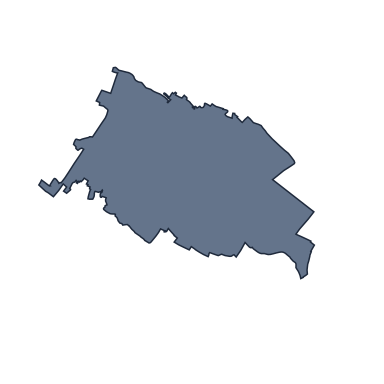 outline of Victoria, Brasov, Romania, rotated 131°
{"feature_id": "2599482B67973869892662", "entity_name": "Victoria", "entity_type": "district", "adm_level": 2, "iso_a3": "ROU", "parent_name": "Romania", "parent_adm1": "Brasov", "projection": "orthographic", "projection_center": [24.701, 45.731], "detail": "fine", "context": "isolated", "style": "filled", "palette": "slate", "viewbox_px": 384, "rotation_deg": 131, "n_neighbors": 0, "source": "geoboundaries", "source_scale": "gbopen_adm2", "svg_char_len": 5376}
<svg xmlns="http://www.w3.org/2000/svg" viewBox="0 0 384 384"><g transform="rotate(131 192 192)"><path d="M180.2,51.4L178.2,51.1L175.4,54.0L170.6,57.3L167.4,58.7L163.4,60.8L162.2,61.6L158.8,62.8L158.9,63.4L151.8,64.8L152.0,69.8L151.1,70.0L152.0,73.4L154.0,80.3L155.4,84.8L155.6,85.9L149.3,86.5L136.4,86.5L127.0,87.0L129.8,139.3L115.6,136.8L107.4,134.4L103.5,133.4L102.5,133.7L101.5,135.4L100.6,139.4L99.6,144.7L99.8,149.4L99.7,155.6L99.3,166.3L98.5,174.0L97.8,176.6L97.2,180.6L96.5,183.4L97.4,186.4L98.5,188.9L99.4,191.2L99.1,193.2L98.7,196.4L98.7,199.1L102.3,199.6L106.5,199.7L106.6,200.6L106.1,207.0L105.2,207.0L105.5,210.4L104.7,211.3L105.7,212.8L106.9,212.2L109.0,211.0L110.0,210.2L111.9,214.7L112.1,216.2L111.9,217.5L111.6,218.0L110.6,218.1L109.3,217.8L108.3,217.7L107.7,217.9L107.3,218.4L107.4,219.4L108.1,220.9L109.3,222.9L108.6,223.1L110.7,227.8L111.7,229.9L112.1,232.4L112.3,234.6L115.1,234.5L115.9,238.6L116.5,240.4L117.3,240.4L117.9,239.9L118.2,239.4L119.1,239.3L120.6,239.0L121.2,239.3L122.3,240.4L122.5,241.0L122.2,241.6L122.1,242.0L122.4,242.5L123.5,242.7L124.5,243.0L125.3,243.4L125.3,244.3L125.0,245.0L125.1,245.5L125.5,245.9L125.8,245.9L126.2,245.8L126.7,245.4L127.4,244.6L127.9,244.8L127.4,245.6L127.5,246.2L128.0,246.9L127.7,247.4L126.8,246.9L126.5,247.1L126.3,248.4L125.9,251.5L125.7,251.9L125.6,253.2L125.8,255.7L125.9,256.8L124.8,257.2L124.3,257.6L124.1,258.2L124.2,260.3L124.1,261.3L127.7,261.3L128.1,262.5L128.7,264.0L128.9,265.1L129.4,267.2L129.6,268.1L127.6,268.6L127.7,270.0L128.6,270.1L129.3,270.3L129.9,270.4L129.9,271.9L130.8,271.9L131.8,271.8L132.9,271.6L133.8,271.4L135.5,271.5L135.1,275.7L135.3,277.6L135.6,277.9L136.2,277.9L136.5,277.6L136.4,273.7L136.5,273.0L136.7,271.9L136.8,271.6L136.4,268.6L140.4,268.8L140.4,269.5L138.7,269.5L138.5,271.2L138.3,274.3L138.6,277.4L139.1,280.5L140.3,283.9L141.2,286.8L141.5,289.1L141.6,290.4L142.8,293.3L143.1,294.0L143.4,294.7L143.5,295.4L143.3,296.8L142.9,298.9L142.7,299.9L142.5,301.4L142.6,302.1L143.5,303.6L144.2,305.0L144.4,306.3L144.7,307.6L144.4,309.1L143.9,310.4L143.2,311.4L142.8,313.0L142.7,314.5L143.1,316.9L143.6,318.4L144.5,320.0L146.7,324.4L147.8,326.5L148.1,327.3L148.0,330.8L148.1,331.3L148.3,331.7L149.2,332.4L149.8,332.9L153.2,331.3L152.9,330.1L152.1,328.2L151.3,326.7L150.9,326.2L156.9,323.9L163.1,321.3L170.9,318.1L174.4,326.8L175.5,326.6L186.1,324.0L185.0,320.4L187.2,318.9L185.2,315.1L185.2,313.4L185.2,312.3L185.1,309.8L185.8,308.8L189.7,307.0L193.0,306.0L200.1,305.2L208.5,304.1L215.7,303.2L216.7,304.6L217.2,305.2L217.6,305.6L218.7,305.8L219.6,306.5L222.6,308.6L224.1,309.6L225.1,310.1L226.5,310.7L226.7,311.5L227.4,312.4L227.6,312.9L227.7,313.6L228.2,314.0L228.7,314.3L230.0,314.0L231.8,313.5L233.8,312.6L233.9,309.4L235.3,308.2L235.4,305.7L235.3,305.4L234.0,305.1L232.5,304.7L231.2,303.9L230.8,301.8L237.8,300.8L247.8,299.6L257.9,298.1L264.7,297.2L270.9,296.8L271.4,297.8L272.8,298.1L272.3,299.3L271.8,301.4L271.6,302.6L271.6,303.8L271.8,304.2L272.1,304.7L272.8,304.8L274.8,304.6L280.4,303.7L280.4,303.1L281.0,303.6L281.4,309.8L281.7,313.4L283.8,312.8L286.0,312.4L287.2,312.2L287.4,306.5L287.5,302.9L287.1,301.0L286.9,299.8L286.7,296.7L286.5,293.5L278.3,293.6L270.4,294.5L270.5,289.9L275.6,289.5L275.2,285.8L270.2,285.1L269.6,285.4L269.6,286.6L264.1,288.0L262.8,287.9L261.4,287.0L259.2,287.1L259.2,286.6L259.5,286.4L259.4,285.4L260.9,285.2L260.7,284.1L258.1,284.4L258.2,283.3L256.9,283.3L256.8,282.4L254.0,282.2L252.3,282.4L251.7,277.7L255.2,276.9L254.7,275.4L256.0,275.1L255.1,272.3L256.8,271.4L256.6,270.2L258.6,269.6L260.5,268.7L263.6,267.2L265.4,266.1L264.6,264.5L262.5,262.2L259.8,262.9L258.0,264.0L257.2,264.8L256.1,265.3L255.3,265.6L255.0,265.4L253.6,262.4L252.4,261.7L251.4,261.0L250.5,260.9L249.4,261.0L249.5,260.6L251.3,259.8L252.9,260.2L254.0,259.7L255.5,258.4L255.8,257.8L255.8,257.3L255.4,256.9L254.7,256.9L254.3,257.0L253.0,253.9L252.7,252.9L254.3,252.3L255.5,251.3L256.7,248.9L257.5,247.7L259.2,248.6L260.7,247.8L261.6,248.1L262.7,247.8L263.1,247.1L263.0,243.6L262.1,239.6L261.3,238.3L259.3,235.8L259.1,235.2L260.5,234.3L260.5,232.5L260.8,231.2L262.2,228.9L262.8,226.1L261.9,224.2L262.4,222.5L261.5,221.8L259.9,220.4L258.9,219.3L259.0,218.1L259.1,217.6L258.7,217.2L259.1,215.8L259.6,213.2L259.7,209.5L260.1,208.5L259.8,205.7L259.4,202.5L259.5,200.8L259.2,198.2L259.3,196.7L259.6,196.0L259.5,195.4L259.3,195.2L259.3,194.2L258.9,192.4L258.7,191.0L257.8,190.3L256.7,190.1L252.5,190.2L249.0,190.3L244.6,190.7L240.5,191.5L239.2,187.3L240.3,187.0L239.9,186.1L238.7,186.4L238.5,185.3L235.1,185.9L235.6,182.5L236.3,176.8L236.6,176.8L236.5,174.6L236.4,172.9L241.5,172.6L240.6,167.4L239.2,162.2L237.5,156.1L233.7,156.7L233.2,152.4L233.3,151.7L232.6,147.2L231.6,142.2L230.2,137.4L228.7,137.9L227.2,138.8L226.1,138.9L224.9,135.7L222.8,130.5L221.4,129.8L220.5,129.4L219.4,128.7L219.2,127.9L218.3,125.4L215.8,121.3L214.9,120.4L214.2,120.0L213.1,119.8L211.8,119.2L212.1,116.0L204.2,116.9L195.3,118.8L195.9,112.7L195.7,111.5L195.1,110.6L194.3,110.3L194.6,108.4L194.2,103.2L193.8,101.1L193.1,99.4L191.0,97.0L189.3,93.6L187.8,92.0L185.2,90.1L182.8,88.5L179.8,86.3L178.3,84.8L177.7,83.8L177.2,82.4L177.0,81.0L177.0,79.1L176.9,75.2L177.3,74.3L177.5,73.1L177.8,70.2L177.6,68.7L177.5,67.6L177.9,66.6L178.4,66.0L179.8,64.8L180.9,63.9L181.3,62.6L182.0,60.1L182.6,58.6L184.2,55.5L186.0,53.1L183.4,52.0L183.1,52.3L180.2,51.4Z" fill="#64748b" stroke="#1e293b" stroke-width="1.5"/></g></svg>